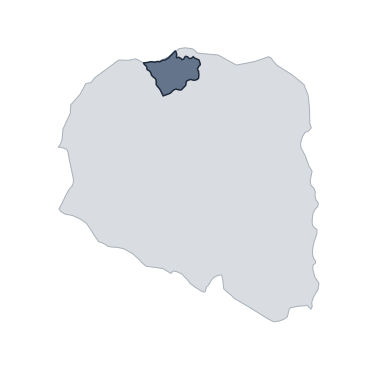 Canelones on a map of Uruguay (Mercator projection), rotated 168°
{"feature_id": "URY-17", "entity_name": "Canelones", "entity_type": "Department", "adm_level": 1, "iso_a3": "URY", "parent_name": "Uruguay", "parent_adm1": "", "projection": "mercator", "projection_center": [-56.01, -34.547], "detail": "fine", "context": "in_parent", "style": "filled", "palette": "slate", "viewbox_px": 384, "rotation_deg": 168, "n_neighbors": 0, "source": "natural_earth", "source_scale": "10m", "svg_char_len": 3751}
<svg xmlns="http://www.w3.org/2000/svg" viewBox="0 0 384 384"><g transform="rotate(168 192 192)"><path d="M313.4,263.7L310.9,266.0L308.3,270.2L305.1,280.4L294.6,294.5L292.5,302.5L281.2,310.8L273.2,320.2L268.0,320.0L263.3,324.0L236.3,336.3L226.6,334.0L219.4,334.0L212.7,328.6L197.5,326.7L187.9,328.8L175.1,334.8L171.2,334.7L168.4,334.4L161.5,331.9L157.7,326.7L138.0,320.6L122.1,306.9L103.3,306.6L88.9,308.4L86.7,306.6L85.3,303.1L82.3,298.0L69.9,286.0L60.2,274.0L58.3,262.3L59.6,249.6L62.5,234.6L62.0,229.9L65.6,227.3L69.2,226.7L72.6,222.9L75.7,217.0L76.2,212.6L73.8,204.4L72.2,193.0L70.2,187.4L74.1,178.4L74.3,174.1L72.0,170.3L71.4,166.4L72.5,162.3L72.3,158.5L70.8,154.8L71.9,151.7L75.5,149.3L78.2,145.6L80.0,140.6L80.9,136.8L80.9,134.2L79.8,131.7L77.6,129.4L78.7,124.8L82.9,117.9L85.7,111.7L87.0,106.4L86.9,102.1L85.5,98.8L86.1,96.6L88.7,95.4L89.9,91.9L89.5,83.4L86.8,76.3L88.8,70.7L94.8,64.2L97.9,59.0L98.2,55.0L100.0,52.7L102.9,57.0L111.4,58.1L119.9,58.3L121.3,57.2L124.6,50.2L129.0,48.2L133.8,47.7L139.1,48.0L144.7,52.7L160.5,67.9L172.1,78.5L175.7,83.5L178.8,87.2L181.1,90.7L180.1,99.8L180.2,103.7L180.8,104.9L183.4,105.0L187.4,104.3L190.7,102.4L193.3,99.5L195.8,97.1L197.9,95.8L198.6,93.9L199.8,91.9L201.0,91.5L203.3,93.0L208.7,98.2L212.9,103.0L214.0,105.7L215.6,108.6L217.3,111.1L218.5,113.5L222.6,116.7L226.8,118.7L229.5,116.7L236.6,123.3L252.1,128.8L255.0,132.2L257.7,136.9L263.1,144.2L270.6,150.7L276.6,153.4L282.5,155.0L285.7,156.5L287.9,159.0L291.5,161.7L293.7,162.7L294.5,165.1L296.8,170.4L299.1,177.0L301.8,183.3L307.4,189.2L313.8,193.9L320.4,196.5L324.1,199.8L325.7,203.2L321.3,208.2L316.4,214.6L312.2,219.6L307.7,223.1L306.3,225.5L305.3,229.2L305.3,249.1L305.0,256.5L305.3,258.5L305.9,259.8L308.7,261.8L312.0,263.4L313.4,263.7Z" fill="#d9dde1" stroke="#a8b0b8" stroke-width="1"/><path d="M212.5,328.3L212.4,328.3L211.1,328.2L207.8,327.9L205.7,328.1L203.1,327.4L201.1,326.5L198.8,327.0L196.5,326.0L193.3,327.1L191.5,326.6L188.1,327.7L186.6,328.4L183.3,330.6L180.8,332.4L179.1,333.4L178.7,332.9L178.5,332.3L178.4,331.1L178.4,329.9L178.4,329.5L178.5,329.2L179.0,327.9L179.2,327.3L179.2,326.9L179.1,326.6L178.8,326.4L178.1,326.5L177.7,326.6L177.2,326.6L176.9,326.5L176.4,326.2L176.2,325.9L176.1,325.6L175.8,325.4L175.5,325.3L175.2,325.1L175.0,324.9L174.7,324.3L174.6,324.1L174.4,323.6L174.1,323.6L173.6,323.5L172.6,323.9L172.1,324.1L171.8,324.5L171.4,325.0L171.0,325.4L170.8,325.6L170.5,325.8L170.0,326.0L169.7,325.9L169.3,325.8L168.6,325.4L168.3,325.2L168.1,325.0L167.5,324.0L167.3,323.7L166.9,323.3L166.6,323.1L166.2,323.0L165.7,322.9L165.3,322.9L164.4,323.1L162.7,324.1L162.3,323.5L161.6,322.6L159.7,321.0L158.1,320.1L157.9,319.9L157.7,319.5L157.6,319.1L157.5,317.4L157.3,315.7L157.3,315.3L157.5,314.9L157.8,314.4L158.2,314.2L158.8,313.9L159.0,313.7L159.4,313.3L159.8,312.8L160.1,312.3L161.0,311.5L161.1,311.1L161.1,310.6L160.9,309.8L160.7,309.3L160.5,309.0L160.5,308.8L160.5,308.3L160.8,306.9L160.8,305.7L161.7,302.6L162.2,301.7L162.7,301.4L163.4,301.1L164.2,300.9L165.7,300.8L166.5,300.8L167.0,300.9L167.5,301.1L169.7,302.3L170.3,302.4L171.2,302.3L173.7,301.8L174.2,301.5L174.6,301.1L175.0,300.2L175.7,298.2L175.8,297.9L176.1,297.6L176.6,297.2L181.1,294.2L181.6,294.2L182.2,294.2L183.3,294.5L185.9,295.8L186.4,295.9L186.9,295.9L188.1,295.8L188.7,295.6L189.1,295.4L192.5,293.3L193.9,292.9L200.2,292.0L201.6,297.5L202.2,299.5L204.3,303.4L204.5,304.0L204.6,304.5L204.6,304.9L204.0,307.9L203.9,308.5L204.0,309.8L204.1,310.0L204.3,310.5L206.4,313.1L207.3,314.7L207.5,315.6L207.5,317.3L208.3,319.0L208.8,319.6L209.6,320.2L210.2,320.8L210.4,321.3L210.5,321.7L210.3,323.2L210.3,323.6L210.3,324.1L210.4,324.4L210.6,324.7L211.0,325.1L212.0,326.6L212.4,327.4L212.5,327.9L212.5,328.3Z" fill="#64748b" stroke="#1e293b" stroke-width="1.5"/></g></svg>